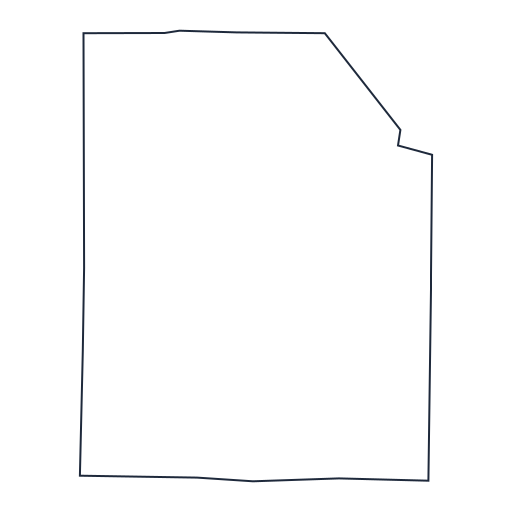 Washington, Missouri, United States of America (Natural Earth projection)
{"feature_id": "52423323B51296070216913", "entity_name": "Washington", "entity_type": "district", "adm_level": 2, "iso_a3": "USA", "parent_name": "United States of America", "parent_adm1": "Missouri", "projection": "natural_earth1", "projection_center": [-90.869, 37.97], "detail": "fine", "context": "isolated", "style": "outline", "palette": "slate", "viewbox_px": 512, "rotation_deg": 0, "n_neighbors": 0, "source": "geoboundaries", "source_scale": "gbopen_adm2", "svg_char_len": 333}
<svg xmlns="http://www.w3.org/2000/svg" viewBox="0 0 512 512"><path d="M79.9,475.7L197.0,477.6L253.0,481.3L338.9,478.4L428.4,480.7L431.0,289.1L431.0,275.4L432.1,154.8L398.0,145.5L400.4,129.9L324.8,33.2L236.7,32.4L179.5,30.7L164.6,33.0L83.5,33.2L84.1,267.9L82.8,351.0L79.9,475.7Z" fill="none" stroke="#1e293b" stroke-width="2"/></svg>